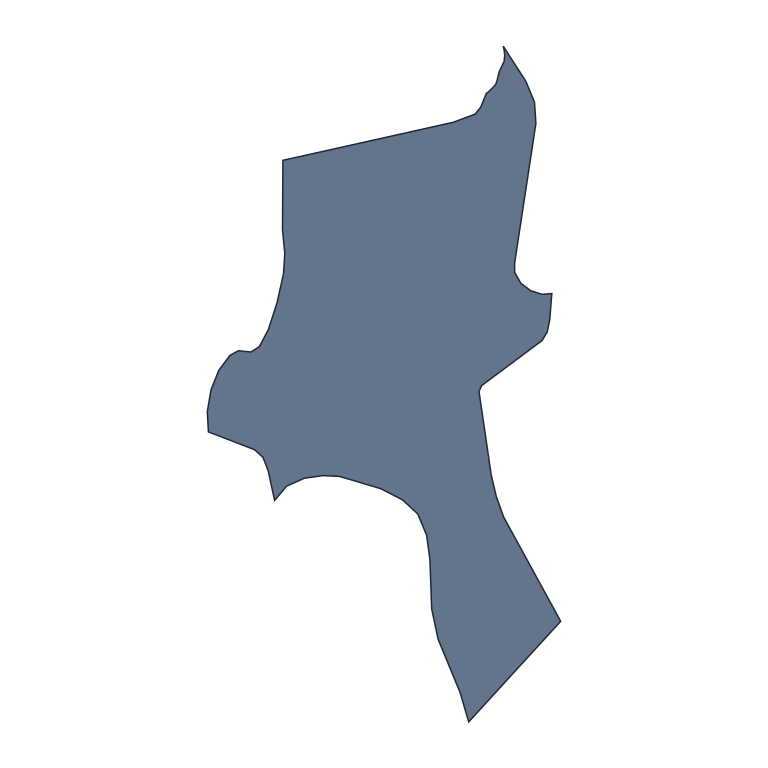 Nueva Vizcaya, Equal Earth projection
{"feature_id": "PHL-2553", "entity_name": "Nueva Vizcaya", "entity_type": "Province", "adm_level": 1, "iso_a3": "PHL", "parent_name": "Philippines", "parent_adm1": "", "projection": "equal_earth", "projection_center": [121.162, 16.271], "detail": "fine", "context": "isolated", "style": "filled", "palette": "slate", "viewbox_px": 768, "rotation_deg": 0, "n_neighbors": 0, "source": "natural_earth", "source_scale": "10m", "svg_char_len": 888}
<svg xmlns="http://www.w3.org/2000/svg" viewBox="0 0 768 768"><path d="M560.7,621.3L468.7,721.9L460.2,692.8L438.1,639.2L431.7,609.0L429.9,559.4L426.6,535.3L417.8,514.0L402.7,500.0L380.8,488.7L339.4,476.4L322.9,475.6L304.1,478.3L286.6,486.2L274.6,500.4L268.2,470.9L263.0,457.4L254.5,449.7L208.4,431.9L207.3,411.5L211.0,389.9L218.8,370.3L229.9,355.4L238.4,350.7L251.0,352.0L259.4,346.5L268.4,329.5L277.2,302.2L283.5,273.8L284.8,253.5L282.5,229.9L282.9,160.3L453.1,122.3L475.1,114.1L480.7,107.2L486.5,93.0L487.5,92.8L493.7,86.7L495.7,84.3L497.0,80.8L499.4,71.2L504.2,61.2L504.7,55.3L504.1,49.9L503.2,46.1L525.8,81.2L531.1,93.9L534.5,102.2L535.9,123.4L514.6,263.2L514.7,272.5L520.9,283.3L530.7,290.7L541.9,294.3L551.8,293.6L549.8,319.5L547.2,332.1L542.0,340.6L481.6,385.6L479.0,391.5L491.2,474.7L496.3,496.6L503.7,517.1L560.7,621.3Z" fill="#64748b" stroke="#1e293b" stroke-width="1.5"/></svg>